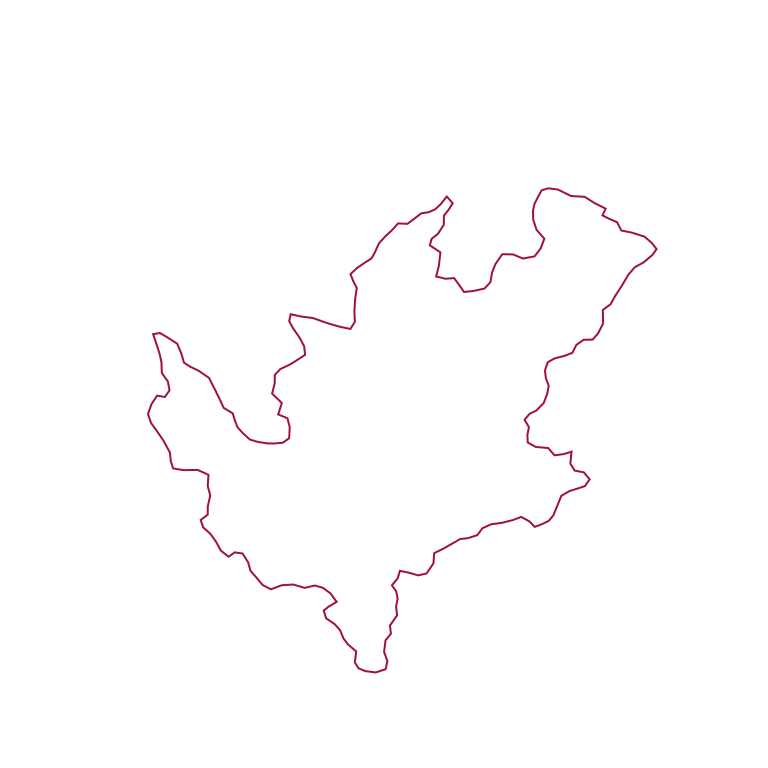 the district of Rio Novo, Minas Gerais, Brazil, rotated 119°
{"feature_id": "56859067B13778291435319", "entity_name": "Rio Novo", "entity_type": "district", "adm_level": 2, "iso_a3": "BRA", "parent_name": "Brazil", "parent_adm1": "Minas Gerais", "projection": "albers", "projection_center": [-43.147, -21.481], "detail": "fine", "context": "isolated", "style": "outline", "palette": "rose", "viewbox_px": 768, "rotation_deg": 119, "n_neighbors": 0, "source": "geoboundaries", "source_scale": "gbopen_adm2", "svg_char_len": 3058}
<svg xmlns="http://www.w3.org/2000/svg" viewBox="0 0 768 768"><g transform="rotate(119 384 384)"><path d="M599.0,256.9L592.4,261.7L579.9,260.4L572.9,265.5L565.1,268.0L559.5,272.8L556.2,279.5L547.5,277.8L539.7,279.5L537.1,271.2L534.8,261.3L529.0,254.9L516.9,253.8L507.6,258.1L499.6,252.5L490.1,246.7L482.6,242.2L478.2,235.9L470.9,229.1L462.4,228.0L454.7,222.2L448.1,213.4L440.7,205.5L433.7,199.5L433.7,190.1L435.9,182.9L429.5,177.5L423.7,173.5L416.8,172.2L407.4,173.3L395.8,174.7L387.6,169.8L381.8,164.2L375.9,158.8L367.7,157.9L364.4,166.4L367.3,175.3L363.3,182.4L352.3,187.2L358.1,192.7L363.7,200.3L360.4,209.4L365.5,220.8L365.5,229.9L359.0,233.9L351.5,236.3L347.2,243.7L339.4,242.2L333.4,237.9L323.2,235.1L313.9,236.4L305.6,239.1L300.7,245.0L294.1,249.8L285.6,251.3L279.0,247.3L272.0,239.9L265.4,234.4L256.5,234.7L248.5,230.8L244.0,223.0L235.8,221.3L224.9,221.7L213.2,228.5L204.3,224.5L194.9,224.5L182.2,223.6L170.0,223.3L160.4,221.3L151.6,215.8L141.0,211.8L133.8,211.0L130.7,218.6L128.8,227.7L131.4,240.4L134.7,250.9L129.5,258.6L130.3,266.5L130.6,274.7L123.2,275.1L123.7,287.8L123.0,299.3L128.9,311.5L129.6,326.1L133.2,335.2L138.1,340.0L146.1,340.0L153.4,339.7L160.2,337.7L167.9,333.2L175.2,325.3L179.2,314.2L189.3,312.7L199.4,314.2L206.9,323.3L208.1,334.0L213.2,343.5L225.3,344.7L234.2,343.5L243.3,340.3L251.8,342.4L259.6,351.3L264.7,358.6L260.7,366.8L257.4,374.0L262.2,381.4L264.7,390.5L254.0,393.3L241.5,398.5L240.5,411.2L233.8,412.7L226.5,409.6L215.7,408.9L207.7,413.2L199.5,411.9L192.6,411.6L189.6,420.0L198.8,421.5L206.1,423.8L212.0,428.1L216.6,434.1L224.2,437.4L232.6,441.2L236.7,449.5L246.4,451.8L253.7,454.3L263.2,456.6L273.1,455.8L280.1,455.8L287.6,459.8L295.6,463.8L304.1,466.6L308.8,460.9L313.2,454.3L323.3,450.6L334.7,445.2L343.8,439.6L352.2,440.1L355.5,451.0L357.8,460.9L359.3,469.2L360.8,478.3L365.1,489.0L368.2,499.4L375.0,497.4L379.5,490.3L384.4,480.3L389.8,472.0L396.8,467.2L403.9,470.9L412.6,475.7L421.1,481.9L428.9,483.9L436.5,479.9L446.6,477.2L450.2,464.1L461.9,461.8L460.8,451.8L467.5,445.5L477.4,440.7L484.4,444.0L489.2,451.1L492.6,457.4L495.8,466.2L497.6,474.3L495.5,483.4L492.9,491.1L488.4,496.5L483.0,502.1L482.6,512.7L477.0,520.3L471.2,528.6L463.5,540.0L462.3,552.3L462.8,561.6L462.3,569.3L455.6,576.0L449.0,584.4L448.3,595.2L448.0,604.6L452.3,610.1L460.2,601.5L466.6,594.7L472.9,589.2L482.1,583.6L486.6,574.2L493.6,568.5L501.6,569.4L504.2,576.8L514.5,577.6L524.8,575.8L531.1,568.7L535.2,559.9L540.3,549.7L547.6,538.2L555.0,532.9L560.1,527.5L556.5,517.5L549.5,505.3L548.5,493.5L558.7,488.7L565.7,481.9L576.5,478.8L583.8,474.8L591.8,478.4L597.0,472.8L599.3,463.0L603.3,454.6L608.8,446.0L610.4,436.2L603.6,432.9L600.8,425.5L605.9,416.3L612.2,410.1L615.1,401.8L618.7,392.7L618.4,383.4L609.7,376.0L603.4,366.2L600.8,354.6L593.8,346.8L591.9,338.7L593.1,329.3L597.5,319.8L605.1,324.3L611.4,326.9L617.0,321.0L618.0,310.4L620.8,302.8L626.2,296.1L629.2,289.4L631.4,278.6L641.6,274.6L645.0,268.5L644.2,261.2L640.3,251.4L632.6,244.3L624.7,246.7L618.2,254.1L607.4,258.4L599.0,256.9Z" fill="none" stroke="#9f1239" stroke-width="2"/></g></svg>